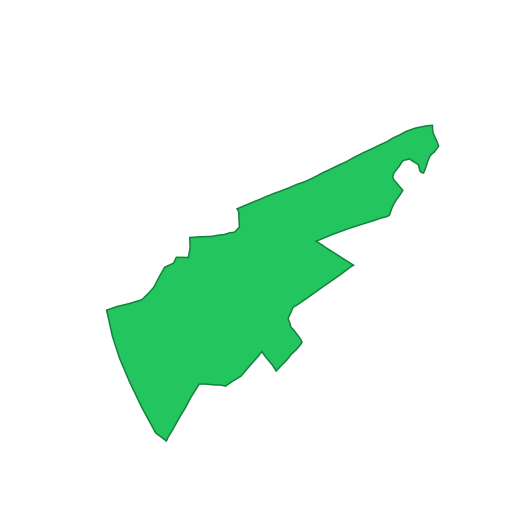 Al-Khidhir, Al-Muthannia, Iraq (Robinson projection), rotated 32°
{"feature_id": "34846034B6386295193387", "entity_name": "Al-Khidhir", "entity_type": "district", "adm_level": 2, "iso_a3": "IRQ", "parent_name": "Iraq", "parent_adm1": "Al-Muthannia", "projection": "robinson", "projection_center": [45.705, 31.261], "detail": "fine", "context": "isolated", "style": "filled", "palette": "green", "viewbox_px": 512, "rotation_deg": 32, "n_neighbors": 0, "source": "geoboundaries", "source_scale": "gbopen_adm2", "svg_char_len": 2079}
<svg xmlns="http://www.w3.org/2000/svg" viewBox="0 0 512 512"><g transform="rotate(32 256 256)"><path d="M323.0,63.5L318.6,69.1L317.2,70.8L314.0,76.7L309.4,83.6L306.9,89.0L302.5,95.6L297.8,103.1L292.6,111.0L287.4,119.4L282.5,128.4L277.3,136.1L272.6,143.7L268.2,150.4L264.8,156.5L258.3,166.7L252.7,173.6L248.0,180.5L242.6,187.7L238.7,192.6L233.9,199.0L229.6,205.4L225.3,211.2L220.8,217.6L216.0,224.5L214.9,226.1L217.5,227.3L222.0,233.7L226.6,240.4L225.1,247.3L221.2,250.4L219.6,252.4L217.3,255.0L213.3,258.0L208.1,262.8L198.6,269.2L190.0,275.4L195.7,283.9L199.4,293.1L189.1,299.3L189.9,305.7L184.5,313.9L185.0,326.2L185.9,336.4L184.7,343.9L182.4,353.5L173.8,363.4L164.8,372.6L158.8,380.1L157.9,381.1L162.2,385.3L177.0,400.4L194.4,415.0L216.0,430.1L239.0,444.7L264.6,459.2L278.0,460.4L277.5,456.5L277.3,445.5L276.6,431.1L276.6,422.9L275.7,410.7L275.7,401.3L275.7,394.7L281.5,391.1L285.0,389.4L289.2,387.3L294.8,384.0L299.0,382.6L302.7,374.3L305.3,369.1L306.9,366.0L308.8,353.1L311.1,339.3L311.5,334.0L317.1,336.3L327.6,339.8L334.1,342.9L335.5,335.4L337.4,327.2L337.9,321.1L339.7,314.5L340.7,308.1L340.7,304.8L337.9,302.9L334.4,301.5L326.9,298.7L323.4,297.9L321.8,296.5L319.9,294.6L316.7,292.4L316.0,290.2L315.5,284.7L314.8,281.6L314.8,279.4L316.7,275.9L320.6,267.0L324.3,258.2L326.0,254.1L329.5,245.5L336.0,230.6L340.6,219.0L342.0,215.2L343.6,212.1L334.3,212.1L318.3,211.9L310.4,211.9L306.4,211.6L303.4,211.6L299.9,211.6L299.2,211.6L304.1,204.7L309.0,197.8L319.2,184.6L327.6,174.6L338.0,162.5L341.5,158.1L346.4,152.9L347.6,150.4L346.2,145.1L345.5,140.7L345.2,133.8L345.7,128.6L345.7,124.7L345.7,122.5L341.1,121.1L336.4,119.5L332.7,118.4L330.4,117.0L329.7,115.3L329.0,112.3L329.4,107.9L329.9,104.3L329.9,100.7L329.9,98.5L330.8,96.3L332.9,94.4L334.3,92.5L338.3,92.5L342.2,92.5L345.2,92.5L348.0,95.2L349.7,96.6L350.6,97.4L352.2,97.4L354.1,96.9L353.6,93.3L352.4,88.3L351.3,84.2L351.0,81.4L350.6,79.8L351.0,76.2L352.0,74.0L352.7,66.0L347.5,62.1L342.0,58.5L340.6,57.4L338.2,54.4L336.4,51.6L331.0,55.8L326.7,59.9L323.0,63.5Z" fill="#22c55e" stroke="#15803d" stroke-width="1.5"/></g></svg>